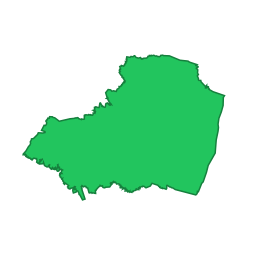 outline of Bulacan, Bulacan, Philippines, rotated 19°
{"feature_id": "2640588B70472166839855", "entity_name": "Bulacan", "entity_type": "district", "adm_level": 2, "iso_a3": "PHL", "parent_name": "Philippines", "parent_adm1": "Bulacan", "projection": "albers", "projection_center": [120.888, 14.98], "detail": "fine", "context": "isolated", "style": "filled", "palette": "green", "viewbox_px": 256, "rotation_deg": 19, "n_neighbors": 0, "source": "geoboundaries", "source_scale": "gbopen_adm2", "svg_char_len": 5817}
<svg xmlns="http://www.w3.org/2000/svg" viewBox="0 0 256 256"><g transform="rotate(19 128 128)"><path d="M208.7,66.0L196.6,66.0L192.0,65.1L191.9,64.4L190.9,63.9L190.6,62.9L189.8,62.9L189.2,64.5L188.2,64.9L188.1,64.5L188.8,64.0L188.4,62.2L187.8,63.6L182.1,60.6L181.3,59.3L179.6,59.9L178.9,59.5L178.5,58.3L176.6,56.2L176.6,55.5L177.2,54.7L175.8,53.3L175.1,50.5L174.8,50.0L173.2,49.5L173.2,48.8L174.3,47.9L174.3,47.2L173.5,46.8L171.7,46.9L171.5,46.5L172.4,45.6L164.7,45.7L163.0,45.2L155.1,47.0L143.7,46.3L138.0,48.0L137.2,47.8L135.3,48.7L135.3,49.5L134.5,50.4L133.9,50.3L133.2,50.8L131.6,50.5L130.9,51.1L128.7,50.8L127.4,51.7L126.5,51.7L126.5,52.2L126.0,52.5L125.2,52.2L124.5,52.5L124.6,53.2L123.5,53.8L123.6,54.5L122.8,55.9L120.1,56.9L119.6,57.8L118.8,58.3L118.6,57.8L117.7,58.1L116.9,57.3L115.0,58.6L112.4,58.6L110.9,57.5L110.4,57.6L109.6,59.0L107.5,59.4L107.1,60.5L103.7,61.1L104.0,63.5L104.6,63.3L105.0,65.5L103.9,65.8L104.3,66.8L104.7,66.8L104.8,67.7L104.2,68.3L104.3,69.5L104.0,69.5L103.8,71.0L101.5,71.0L101.6,71.7L100.8,71.9L100.2,72.6L101.7,74.5L101.8,74.9L101.1,75.0L101.0,75.5L101.4,75.8L101.1,76.4L101.4,77.0L101.9,77.1L101.7,77.3L102.1,78.0L101.7,78.4L104.0,80.3L105.1,80.3L105.7,81.8L106.3,81.6L106.9,81.9L107.0,82.3L107.5,82.1L107.8,83.0L109.2,83.9L109.1,85.4L110.0,84.9L110.0,86.2L108.3,87.4L108.6,88.4L108.3,89.0L107.9,89.1L108.2,89.9L107.5,90.5L107.5,91.2L106.1,91.7L106.5,92.2L106.4,93.4L105.1,94.9L105.0,97.2L104.4,97.1L103.8,97.6L102.5,97.4L100.7,98.5L99.2,97.6L96.7,98.1L95.4,101.9L97.8,105.3L98.7,105.7L98.0,107.0L99.4,106.7L99.8,107.9L100.7,108.2L101.0,108.9L103.2,110.4L103.4,110.9L104.2,110.8L104.6,111.2L103.9,111.1L103.7,112.3L103.2,112.4L102.5,112.0L102.3,111.4L102.0,111.9L101.4,111.3L101.3,111.5L100.3,111.1L100.3,111.6L99.3,111.9L99.1,112.6L99.7,115.5L99.2,116.0L97.9,116.0L97.3,115.6L96.8,116.1L96.2,116.0L96.2,115.2L94.6,114.3L94.3,113.6L93.7,113.3L93.3,113.7L94.0,118.0L92.9,118.4L90.7,118.4L89.1,119.8L90.4,119.5L89.9,120.3L90.7,121.6L89.5,122.5L91.0,122.5L91.9,123.0L91.9,123.5L91.3,123.0L90.7,123.3L91.6,123.8L91.9,124.9L90.2,125.1L90.6,126.7L90.3,127.5L88.4,127.6L88.6,128.0L88.2,128.1L86.4,128.1L86.2,128.7L83.9,129.2L82.8,129.9L83.2,130.5L82.7,130.7L83.8,133.8L82.5,134.5L81.3,134.5L81.2,135.2L78.2,135.2L77.5,134.6L76.6,134.7L75.6,135.6L74.8,135.6L74.2,136.3L70.1,138.2L60.8,144.0L55.4,142.2L53.6,142.4L53.0,142.0L50.2,142.8L50.1,143.8L50.4,144.4L48.9,144.9L49.1,146.4L48.7,146.4L48.1,147.8L48.2,148.4L49.2,149.1L49.7,150.9L49.2,152.5L47.8,152.7L47.0,158.4L50.6,158.4L51.0,159.3L48.9,160.6L45.0,161.6L44.6,162.0L44.7,163.3L42.0,168.8L40.3,169.7L40.5,171.0L40.1,172.9L40.9,174.2L40.8,176.2L40.0,177.8L39.0,182.9L37.4,186.8L37.6,187.4L38.0,187.1L39.0,187.2L39.5,186.3L40.1,186.9L40.2,186.6L41.2,187.2L40.6,187.6L40.6,188.1L43.2,188.7L43.4,188.0L44.4,188.7L45.0,188.3L46.2,189.1L46.9,188.8L46.8,189.1L47.7,189.5L48.6,187.3L49.9,186.9L50.4,187.3L51.5,186.7L52.6,188.6L52.7,190.0L54.8,190.8L55.6,187.8L54.9,186.8L55.2,186.5L55.9,187.3L57.0,185.4L57.2,185.6L55.6,189.3L56.3,190.8L59.4,189.4L59.3,188.0L61.3,190.7L64.1,191.2L65.2,190.6L65.1,189.5L65.5,189.4L65.6,188.4L65.9,188.4L65.8,190.3L68.9,192.0L69.7,191.4L69.4,191.2L69.9,191.2L69.4,190.9L69.5,190.2L70.1,190.8L71.2,190.0L71.3,191.0L72.6,191.0L72.8,190.8L72.5,190.6L72.2,190.3L72.1,189.8L72.2,189.5L72.4,190.4L73.1,190.5L74.1,188.1L74.1,186.7L73.4,185.7L73.7,185.4L74.8,188.1L74.1,189.1L73.9,190.4L74.9,191.6L75.5,191.8L76.5,191.3L76.4,190.7L77.0,190.0L75.5,187.6L75.9,187.4L76.4,188.4L77.5,189.5L78.4,188.7L79.8,189.0L79.2,190.0L79.4,191.8L80.0,192.3L78.8,192.3L78.3,193.1L78.6,194.5L78.9,194.3L78.7,194.8L79.9,196.4L80.3,196.2L81.9,197.8L82.4,197.2L82.4,197.8L83.7,199.0L83.6,199.3L85.7,200.5L85.1,201.2L86.3,202.0L87.1,200.6L90.6,201.8L90.0,203.4L91.3,204.0L91.2,204.5L92.5,204.7L93.4,204.2L93.4,203.7L96.0,202.1L96.4,200.8L97.3,200.7L97.2,203.0L97.7,203.2L98.6,202.7L98.8,203.1L97.7,203.6L96.6,203.0L95.9,203.9L96.2,205.3L97.5,207.2L99.8,205.5L99.9,204.1L101.0,203.9L103.1,206.0L103.4,206.8L104.2,206.9L108.4,210.8L110.5,209.2L104.0,200.6L104.3,200.5L103.2,198.2L103.0,198.3L103.2,197.4L105.3,198.1L105.9,197.1L107.3,197.0L107.9,198.0L109.4,197.8L112.2,201.9L113.1,201.9L113.2,201.5L114.5,200.8L115.2,201.4L115.9,200.7L116.8,200.6L116.6,200.3L117.3,200.7L118.7,200.4L117.5,197.7L118.1,197.3L118.0,196.9L119.5,193.1L120.4,192.3L120.3,191.3L121.9,191.6L122.7,191.0L123.2,192.0L124.0,192.4L125.6,192.1L125.9,191.4L129.9,189.7L130.6,187.3L129.8,186.5L130.8,186.3L130.4,185.9L131.0,185.4L130.2,185.1L130.9,184.9L131.1,184.3L131.7,184.4L131.7,183.6L132.2,184.0L132.7,183.5L133.2,183.8L133.3,183.4L133.9,183.3L135.4,184.7L137.0,183.9L138.0,184.0L138.2,184.5L138.5,184.1L139.1,184.8L139.6,184.6L139.7,185.7L140.2,185.0L140.6,185.2L140.6,186.3L141.3,185.5L141.7,185.8L141.6,186.6L142.9,186.0L143.3,186.4L143.1,187.2L144.5,185.8L144.6,186.7L145.4,186.8L145.5,187.3L145.9,186.3L146.3,186.8L147.0,186.6L147.5,187.5L147.0,188.1L147.9,187.8L148.4,188.4L149.1,187.4L149.6,188.1L150.2,188.0L150.4,187.2L150.8,188.0L151.2,187.6L152.6,187.6L152.6,187.2L153.5,186.5L153.2,186.2L153.4,185.8L155.3,184.6L155.6,182.8L156.1,182.8L156.6,183.5L157.6,182.4L158.2,182.7L158.3,182.2L157.6,181.1L157.9,181.0L158.3,181.6L158.3,180.7L159.0,181.0L158.8,180.1L159.1,180.2L159.5,179.3L160.3,178.7L160.8,178.8L161.0,178.1L162.6,178.0L163.9,178.7L164.6,178.6L168.0,175.6L168.7,172.5L174.9,172.4L176.1,173.2L177.3,173.1L177.4,173.9L179.1,174.1L180.0,173.5L180.5,174.0L181.6,173.4L184.0,173.5L184.3,172.7L183.4,169.7L184.1,169.4L186.5,170.2L187.5,169.9L188.5,170.3L190.0,170.1L192.7,170.8L213.9,169.2L214.7,167.6L214.3,165.3L215.3,165.4L215.7,156.4L216.6,154.5L216.6,144.4L216.0,137.3L218.6,123.3L215.3,110.6L214.2,101.9L213.4,98.1L211.9,95.1L210.8,89.3L211.0,82.3L210.6,75.8L208.2,68.1L208.7,66.0Z" fill="#22c55e" stroke="#15803d" stroke-width="1.5"/></g></svg>